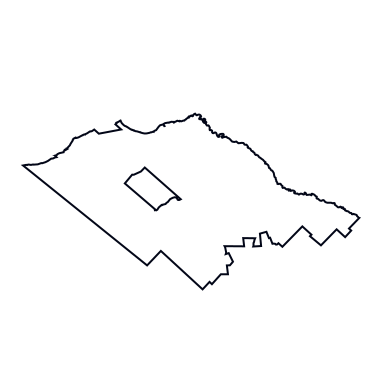 Burke, Queensland, Australia, rotated 309°
{"feature_id": "25037944B14025919363288", "entity_name": "Burke", "entity_type": "district", "adm_level": 2, "iso_a3": "AUS", "parent_name": "Australia", "parent_adm1": "Queensland", "projection": "natural_earth1", "projection_center": [139.379, -18.061], "detail": "fine", "context": "isolated", "style": "outline", "palette": "ink", "viewbox_px": 384, "rotation_deg": 309, "n_neighbors": 0, "source": "geoboundaries", "source_scale": "gbopen_adm2", "svg_char_len": 5991}
<svg xmlns="http://www.w3.org/2000/svg" viewBox="0 0 384 384"><g transform="rotate(309 192 192)"><path d="M106.3,44.0L106.7,203.3L126.6,204.9L123.0,261.5L133.2,262.2L132.9,265.5L146.2,266.2L150.7,271.7L156.9,265.3L158.9,267.6L163.6,267.7L167.6,259.0L165.0,257.3L166.3,256.8L167.1,255.9L169.7,252.8L170.4,251.4L182.6,266.7L188.4,260.8L195.8,270.2L194.1,270.7L192.1,271.7L191.1,271.9L188.8,273.7L188.2,273.9L193.5,279.7L202.4,271.0L207.9,274.9L204.6,280.8L205.6,281.5L202.4,287.1L203.2,287.8L204.1,289.3L204.0,290.4L204.9,291.2L206.6,291.4L206.3,296.7L234.7,299.4L234.0,311.7L231.9,311.5L231.7,325.8L254.0,327.9L253.3,339.4L262.2,340.0L262.4,337.0L277.1,338.3L276.9,337.7L277.1,336.9L277.1,335.6L277.6,334.8L277.7,334.2L276.6,331.3L276.3,331.1L275.9,331.0L275.4,330.2L275.9,329.1L275.1,327.6L275.3,325.9L274.9,324.8L274.6,324.5L274.5,323.6L274.1,323.0L274.2,322.3L274.9,321.6L274.7,321.2L274.2,320.7L274.1,320.4L275.0,319.6L275.1,318.9L274.9,318.7L274.2,318.7L273.8,318.4L273.8,317.8L274.2,317.2L274.0,316.6L272.5,315.8L272.0,315.0L272.1,312.5L272.0,311.2L272.1,310.8L273.0,310.1L273.0,309.6L272.6,309.1L271.7,308.3L271.2,306.9L268.8,303.9L268.1,302.0L268.5,299.8L268.3,299.1L267.7,298.6L266.7,298.2L266.2,297.5L265.9,296.6L266.0,294.2L265.5,293.3L265.7,292.5L266.7,292.1L266.9,291.9L266.6,290.5L266.9,288.9L266.5,287.2L266.3,286.6L265.9,286.2L265.3,286.4L264.9,286.8L264.5,286.7L264.3,285.4L261.9,283.0L261.9,282.6L262.7,281.2L262.6,280.1L262.2,280.0L261.5,280.8L260.7,280.6L260.1,280.1L260.0,279.1L259.3,277.7L258.5,277.1L257.6,276.9L257.3,276.7L257.2,276.2L257.2,275.0L256.5,274.3L255.7,272.9L255.5,272.3L255.6,272.0L255.8,271.8L256.6,272.0L256.9,271.9L257.1,271.3L257.1,270.4L256.8,269.7L256.3,268.9L255.0,268.1L255.0,267.7L255.6,267.1L255.6,266.6L254.4,266.8L254.0,266.5L254.0,266.0L254.6,265.2L254.7,264.8L253.6,264.0L253.4,262.5L253.6,261.2L252.3,259.9L252.5,259.3L253.4,258.7L253.6,258.5L253.5,257.3L253.9,256.4L254.0,255.6L253.7,255.1L252.3,253.9L252.1,253.2L253.0,252.4L253.2,251.7L253.3,250.9L254.2,250.0L254.8,248.8L255.6,248.2L255.7,246.6L256.7,245.3L258.1,243.7L258.4,243.1L259.0,241.3L259.1,240.9L258.8,240.3L258.8,239.5L259.5,237.6L259.2,236.7L260.6,234.8L260.8,234.1L260.8,232.3L260.1,231.1L260.4,230.5L261.2,230.5L261.4,230.4L261.4,228.5L261.7,226.9L261.5,224.9L261.6,223.5L261.3,222.8L261.4,221.9L261.9,220.5L261.6,219.7L261.6,218.8L260.9,218.2L260.9,217.6L261.0,216.9L261.8,215.7L261.5,214.5L261.9,213.5L261.5,212.8L261.5,212.2L261.6,211.7L262.1,210.7L262.3,210.0L261.9,209.1L261.9,208.1L261.6,207.8L261.6,207.5L261.7,207.2L262.5,206.9L263.0,205.0L263.0,204.5L262.2,203.6L261.9,202.9L262.4,201.6L262.4,201.1L261.4,199.6L260.1,198.4L259.1,197.3L259.1,194.7L257.5,193.4L256.5,191.6L256.5,190.9L256.9,188.4L256.9,186.8L256.4,185.3L256.6,184.0L254.4,181.9L253.5,181.6L253.2,181.3L253.5,180.3L253.9,180.0L254.4,180.2L255.0,181.0L256.3,180.8L256.7,180.2L256.7,179.5L255.4,178.0L254.1,177.2L253.7,177.1L253.2,177.3L252.6,178.2L252.2,178.4L251.6,178.1L251.3,177.4L251.6,176.1L253.0,173.9L253.1,173.2L252.8,172.4L251.4,171.8L250.8,171.0L251.0,170.1L251.9,169.5L252.3,168.9L252.1,167.7L251.4,167.2L251.3,166.9L252.0,166.0L253.2,165.4L254.0,163.6L254.1,162.9L253.1,161.9L253.4,160.4L254.0,159.5L255.1,159.3L255.3,159.0L255.2,158.4L254.8,158.0L253.9,158.3L253.4,158.1L253.4,157.6L253.6,156.3L253.9,155.9L254.7,155.8L255.2,156.2L255.7,157.0L256.1,157.1L256.7,156.6L256.8,155.8L256.5,155.2L256.0,154.8L255.0,154.7L254.5,154.4L254.2,153.8L254.6,153.0L254.6,152.7L253.7,152.5L253.3,151.9L253.4,151.5L254.4,151.3L255.1,151.0L255.9,151.5L256.3,151.6L256.9,150.7L256.9,149.4L256.6,148.7L255.8,148.0L254.9,147.6L254.5,147.1L254.8,145.1L253.7,144.6L252.9,144.6L251.8,144.9L251.4,144.8L251.5,143.8L251.1,143.5L251.0,143.8L250.2,143.4L249.8,142.8L249.3,142.7L248.9,142.1L248.6,142.1L248.1,142.6L247.7,142.0L246.9,142.0L247.0,142.2L246.8,142.2L246.5,141.9L246.2,141.8L245.0,141.5L244.7,141.6L243.1,141.0L242.7,141.1L242.0,140.3L240.3,139.3L239.6,137.8L239.1,137.9L238.1,135.7L236.4,135.0L236.0,134.7L234.8,134.4L234.5,134.2L234.6,133.8L234.9,133.6L233.5,131.7L231.6,130.6L231.6,130.4L231.2,130.3L230.3,129.1L230.0,129.0L228.7,127.8L227.0,127.1L226.7,127.2L226.1,128.3L225.9,129.4L225.4,129.9L225.8,129.3L225.9,128.3L226.5,127.1L223.8,125.2L221.8,125.0L217.5,125.2L216.1,124.4L214.9,124.1L214.6,124.3L214.4,123.8L212.8,122.9L212.6,122.5L211.2,121.7L209.0,119.9L207.6,118.3L206.5,116.2L206.1,115.1L206.0,114.5L205.8,114.5L205.7,114.3L205.7,114.0L204.5,111.1L203.7,109.8L203.5,109.2L203.5,108.6L203.2,108.4L203.3,108.0L202.8,106.6L202.7,106.8L202.5,106.4L202.1,104.7L201.7,100.4L201.3,99.6L201.6,100.0L201.6,99.7L201.1,98.2L201.0,96.9L201.3,94.1L201.8,93.0L202.0,92.3L202.4,91.8L201.8,91.3L201.9,91.2L200.3,90.7L198.4,89.7L198.3,90.1L196.4,89.9L196.0,97.6L178.7,82.9L179.0,76.7L176.5,76.0L175.4,75.3L175.4,75.1L174.7,74.5L171.7,73.6L169.6,72.6L169.3,72.7L169.0,72.1L168.4,71.7L167.3,71.2L167.2,71.3L166.6,70.9L163.0,69.4L161.5,68.4L160.5,67.4L160.9,67.5L161.2,67.9L161.1,67.3L158.7,66.3L158.1,66.6L157.2,66.6L156.9,66.9L153.1,67.3L151.4,67.7L147.6,67.4L147.1,67.5L146.9,67.8L146.7,67.7L146.5,67.1L146.1,67.2L145.7,67.0L145.8,67.4L146.2,67.4L146.4,67.8L144.8,67.2L144.5,67.1L144.0,66.8L142.8,66.7L142.1,67.2L138.7,64.5L136.7,63.6L135.9,63.6L134.9,63.8L134.7,63.6L134.9,63.5L134.8,63.3L135.1,63.5L134.8,63.2L134.7,63.4L134.3,63.4L133.9,63.2L133.8,63.4L134.1,63.4L134.2,63.6L134.0,64.0L133.6,64.1L133.6,64.6L132.8,63.9L130.6,62.9L129.3,61.6L125.5,60.5L122.9,59.3L120.0,57.4L119.8,56.9L119.5,56.6L116.5,54.8L113.5,51.6L113.4,51.2L111.7,49.8L110.6,47.9L110.2,47.4L109.2,46.9L108.8,46.1L106.3,44.0ZM179.3,187.8L177.9,187.2L177.1,186.3L177.0,185.7L177.7,184.1L177.7,183.4L177.2,182.0L175.4,180.7L172.7,179.5L168.8,179.5L167.6,179.0L166.0,179.0L163.3,176.9L163.1,177.1L162.6,176.8L162.6,176.5L159.1,175.9L156.4,176.2L155.2,175.7L155.2,175.1L154.5,174.6L155.1,173.8L155.3,173.9L156.4,134.4L167.8,134.6L168.8,135.9L175.8,139.4L181.3,139.9L179.3,187.8Z" fill="none" stroke="#020617" stroke-width="2"/></g></svg>